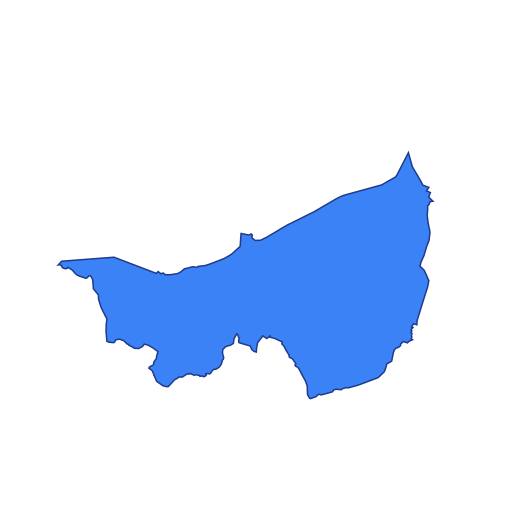 outline of Santa Ana Maya, Michoacán, Mexico, rotated 114°
{"feature_id": "50627088B22901000354815", "entity_name": "Santa Ana Maya", "entity_type": "district", "adm_level": 2, "iso_a3": "MEX", "parent_name": "Mexico", "parent_adm1": "Michoacán", "projection": "equal_earth", "projection_center": [-101.02, 20.023], "detail": "fine", "context": "isolated", "style": "filled", "palette": "blue", "viewbox_px": 512, "rotation_deg": 114, "n_neighbors": 0, "source": "geoboundaries", "source_scale": "gbopen_adm2", "svg_char_len": 5042}
<svg xmlns="http://www.w3.org/2000/svg" viewBox="0 0 512 512"><g transform="rotate(114 256 256)"><path d="M99.6,158.8L125.1,160.2L127.1,160.7L133.7,165.6L139.9,170.1L165.2,200.9L169.8,205.0L172.0,206.6L181.0,213.1L193.0,221.7L196.2,224.5L208.1,234.3L214.6,239.7L219.1,243.0L223.2,245.9L227.3,248.7L231.8,252.0L234.7,254.0L239.8,258.3L242.1,263.1L241.1,267.0L238.3,268.0L237.8,269.5L239.7,270.8L241.5,278.8L253.7,274.4L258.4,276.5L264.0,278.9L268.1,281.7L271.7,284.5L280.1,292.8L283.0,295.9L285.2,298.3L286.8,300.8L289.0,304.7L290.2,304.9L291.6,309.6L294.8,313.5L295.4,314.3L296.8,316.2L300.8,318.1L303.9,320.4L306.7,324.7L308.0,326.8L309.3,329.8L310.0,331.4L309.5,333.0L309.3,333.8L310.9,335.8L310.0,339.1L312.4,340.0L314.9,385.3L339.8,431.4L344.5,433.0L343.8,432.0L343.9,429.8L345.2,428.5L345.5,427.0L345.1,424.6L344.2,423.6L343.0,423.5L343.2,420.7L343.6,418.0L344.8,415.5L345.6,413.7L346.2,411.4L346.2,409.2L345.6,402.8L345.5,402.3L345.3,401.9L344.8,401.6L341.8,400.3L341.5,399.6L341.7,398.7L343.4,396.2L345.3,394.8L347.2,393.9L349.7,392.5L352.1,391.2L355.7,384.1L356.8,383.6L357.2,383.4L359.5,382.3L363.5,378.8L366.0,376.6L372.7,368.5L373.5,367.1L374.4,366.5L379.2,365.1L385.8,362.4L394.6,357.5L394.6,355.4L393.2,351.1L392.8,350.5L392.1,350.3L391.5,350.1L390.8,350.2L390.1,350.1L389.6,350.0L389.3,349.7L389.0,349.1L388.5,348.4L387.7,347.2L387.4,346.5L387.4,346.1L387.3,345.6L387.4,345.0L387.4,344.6L387.5,344.1L387.4,343.9L387.2,343.3L387.1,343.0L387.1,342.8L387.1,342.5L387.6,341.3L387.9,340.4L388.2,339.9L388.1,339.6L388.2,339.3L388.4,338.7L388.5,338.6L388.6,338.3L388.8,338.1L388.8,337.9L388.7,337.7L388.8,337.3L388.7,337.1L388.6,336.9L388.6,336.4L388.8,336.2L389.1,336.1L389.3,335.5L389.2,335.2L389.2,334.9L389.3,334.3L389.3,333.8L389.3,333.4L389.3,333.1L389.3,332.9L389.1,332.6L389.2,332.3L389.2,332.1L389.3,332.0L389.5,331.9L389.5,331.5L389.4,331.2L389.5,330.8L389.7,330.3L389.8,329.9L389.7,329.3L388.2,325.5L384.9,322.9L381.9,322.3L381.8,321.3L381.3,318.1L381.8,313.5L381.8,312.8L383.2,306.8L385.2,306.4L388.0,306.0L389.3,305.6L390.9,305.3L392.2,305.8L393.3,306.0L394.9,306.2L396.2,305.6L397.3,305.5L398.4,306.3L399.6,307.5L401.1,308.3L402.1,308.2L402.6,305.9L402.7,305.0L403.5,303.4L404.6,302.6L405.4,301.4L406.6,300.8L406.9,300.1L410.9,295.8L412.4,288.2L411.8,284.7L411.0,283.0L409.0,282.3L406.0,281.3L402.3,280.1L399.2,277.7L397.8,277.3L397.0,274.7L395.5,273.2L394.4,272.8L391.8,270.9L391.0,269.0L390.9,269.1L390.7,268.9L390.5,268.7L390.1,268.2L389.9,267.8L389.9,267.2L390.1,266.8L390.2,266.4L390.1,265.9L390.0,265.5L390.1,265.2L390.2,264.5L390.2,264.2L389.8,263.7L389.6,263.3L389.3,262.9L388.8,262.3L388.6,261.7L388.6,261.1L388.6,260.4L388.2,259.5L388.1,258.9L388.7,258.4L388.3,257.6L387.4,256.2L387.6,255.4L387.5,254.8L387.3,254.3L386.8,253.7L386.2,253.4L385.7,253.6L385.4,253.5L385.1,253.1L384.9,253.0L384.8,253.3L384.6,253.6L384.0,253.9L383.8,253.6L383.1,252.5L382.9,251.7L382.8,251.2L382.7,250.7L382.5,250.3L382.0,250.0L380.1,249.5L379.4,249.5L379.0,249.3L376.8,248.7L376.0,246.8L374.4,245.7L373.4,244.9L372.1,244.3L371.2,244.1L369.8,243.8L367.8,243.8L364.8,244.3L363.6,243.9L362.9,243.9L361.6,244.4L360.2,245.7L357.9,247.3L354.9,248.3L351.4,247.0L349.5,245.0L347.9,243.1L346.4,242.0L345.1,241.1L342.6,241.8L340.7,242.4L335.0,241.9L335.5,240.5L337.0,239.2L337.9,237.9L339.8,237.6L341.8,236.7L342.1,236.2L341.5,231.5L341.3,229.9L340.9,227.2L340.6,224.5L343.0,222.1L343.4,221.0L343.9,219.2L343.9,218.0L343.6,217.0L343.6,216.7L339.5,218.1L334.4,219.3L330.3,218.2L326.2,217.2L326.5,215.6L327.0,212.6L323.4,210.6L324.5,210.1L323.7,205.7L323.8,197.0L325.7,196.8L327.0,193.8L330.3,189.7L332.8,185.9L334.0,185.0L334.9,184.3L335.1,180.9L338.2,175.8L338.6,175.6L339.7,175.9L339.8,176.0L340.5,175.1L340.7,172.6L341.8,170.6L344.0,167.9L346.9,164.2L350.0,160.1L353.4,156.8L355.0,155.8L357.1,154.8L361.7,152.5L364.2,149.1L364.0,148.0L359.9,143.8L358.1,143.3L356.7,142.1L356.4,140.0L350.8,133.0L348.9,130.9L348.0,130.7L346.5,130.4L345.0,128.4L343.6,123.9L341.7,122.7L339.8,120.4L339.0,118.2L332.9,110.7L331.1,108.8L328.0,105.6L325.8,103.4L324.9,102.5L317.5,95.0L313.7,93.4L309.8,91.8L307.3,91.7L301.4,92.6L296.9,89.3L291.1,90.6L288.3,91.2L285.7,91.4L283.4,90.8L282.0,89.1L281.4,89.0L280.8,88.2L279.2,87.6L277.3,88.0L275.6,87.2L274.2,86.6L274.0,84.5L273.8,82.4L271.5,81.4L268.9,79.0L268.7,80.5L266.8,80.6L265.2,81.7L263.5,81.9L263.0,83.3L262.2,83.0L261.0,83.2L260.3,84.4L257.5,83.5L257.6,85.0L253.9,84.6L253.4,81.1L251.9,81.7L249.5,82.5L248.4,82.7L242.3,83.4L233.4,84.5L230.8,84.8L226.4,85.3L222.4,85.8L220.0,86.0L214.9,86.6L213.7,86.8L208.2,88.1L204.1,92.6L200.6,96.6L198.5,102.3L197.5,102.2L194.8,102.7L190.4,102.8L187.5,102.7L180.7,103.6L179.0,103.9L175.3,104.1L171.3,104.3L169.4,104.9L164.4,106.4L162.3,107.5L156.1,112.0L149.5,116.0L143.7,118.1L140.4,119.6L138.9,118.9L135.6,119.1L134.8,117.9L134.7,117.8L134.2,116.9L134.0,116.6L132.0,122.2L127.1,122.5L127.2,126.7L123.0,126.0L123.4,132.4L120.2,136.4L117.0,140.8L114.5,144.4L110.9,149.4L107.6,152.2L102.0,156.8L99.6,158.8Z" fill="#3b82f6" stroke="#1e3a8a" stroke-width="1.5"/></g></svg>